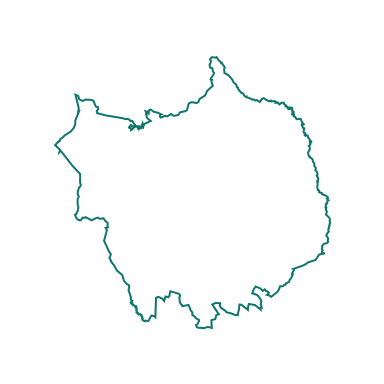 Pivijay, Magdalena, Colombia, rotated 12°
{"feature_id": "7082276B47489948463492", "entity_name": "Pivijay", "entity_type": "district", "adm_level": 2, "iso_a3": "COL", "parent_name": "Colombia", "parent_adm1": "Magdalena", "projection": "albers", "projection_center": [-74.384, 10.44], "detail": "fine", "context": "isolated", "style": "outline", "palette": "teal", "viewbox_px": 384, "rotation_deg": 12, "n_neighbors": 0, "source": "geoboundaries", "source_scale": "gbopen_adm2", "svg_char_len": 6013}
<svg xmlns="http://www.w3.org/2000/svg" viewBox="0 0 384 384"><g transform="rotate(12 192 192)"><path d="M172.7,329.0L173.0,327.6L176.2,327.2L177.9,321.3L180.7,321.2L182.2,322.1L178.8,303.0L180.9,301.5L185.4,302.6L187.4,304.4L187.8,299.7L190.7,299.9L191.5,298.1L191.4,293.6L200.5,294.3L202.0,295.9L201.5,297.6L203.0,302.2L204.4,304.0L205.3,304.2L206.3,305.7L212.1,303.2L215.5,308.2L217.4,309.7L217.9,312.3L220.5,313.2L221.9,314.6L225.5,315.8L225.6,317.2L224.7,320.3L223.6,321.4L224.9,323.1L226.5,323.6L228.9,322.9L229.5,323.2L230.5,322.7L231.9,322.8L235.4,320.7L239.6,320.8L237.6,313.4L241.2,311.4L241.3,307.4L243.6,306.0L235.2,297.8L238.1,295.7L242.7,294.9L242.8,297.5L244.4,299.2L249.6,301.4L250.7,302.5L254.8,302.5L259.9,303.3L262.4,302.9L262.1,300.8L262.4,297.2L261.8,292.2L263.8,292.0L271.2,295.7L270.7,292.3L270.9,289.7L277.1,289.5L283.6,292.8L283.0,291.1L284.3,290.7L282.6,287.5L282.7,285.0L281.8,283.1L278.5,280.2L276.6,279.1L272.0,278.6L272.7,274.0L273.9,271.2L278.8,272.1L281.8,274.0L283.4,272.1L284.9,273.5L286.4,273.5L288.2,274.7L286.7,277.1L289.2,277.1L291.2,278.1L296.2,272.1L297.3,269.3L297.8,265.8L300.3,265.4L301.8,263.4L302.7,263.2L302.9,261.8L305.7,259.8L305.7,258.0L307.0,255.4L307.7,251.5L306.8,251.3L308.0,246.5L307.0,246.2L315.3,241.2L318.4,238.8L320.2,236.6L326.9,232.9L329.4,226.7L333.9,224.8L334.6,225.1L333.7,224.3L332.6,224.7L331.6,224.3L331.5,222.5L331.9,221.9L330.8,220.6L330.9,218.8L330.4,218.1L331.6,215.4L334.7,213.9L335.6,212.4L334.9,211.5L334.8,209.0L332.5,206.9L332.9,204.4L334.0,202.3L333.0,200.3L333.4,199.0L333.1,197.1L333.6,196.2L333.1,194.9L333.6,193.4L332.7,192.1L332.7,190.4L331.8,188.7L327.7,186.2L328.1,183.5L326.5,181.2L326.6,180.2L326.0,179.7L326.5,179.1L325.7,178.3L325.5,175.9L326.2,175.5L325.9,175.0L326.6,174.1L326.3,172.5L327.0,171.8L326.3,171.7L326.1,170.4L325.7,170.3L326.2,169.9L326.1,169.1L324.0,167.8L319.6,167.1L319.1,165.9L317.2,166.0L316.6,165.4L316.2,165.5L316.1,164.2L314.6,163.9L313.5,161.3L313.4,158.8L312.6,156.4L313.0,156.1L312.9,155.2L312.3,155.0L312.9,153.5L312.4,152.1L310.7,150.0L311.2,149.7L310.8,147.7L309.7,146.1L308.1,145.0L308.2,142.8L306.1,140.8L305.8,139.3L305.2,138.0L304.0,137.2L303.2,135.1L301.5,133.9L299.8,133.6L299.7,132.7L299.0,132.7L298.5,132.1L297.3,129.2L298.4,125.6L297.5,123.2L296.7,122.7L297.9,121.1L296.9,118.7L298.3,118.6L298.2,117.7L296.5,116.9L296.1,115.9L294.2,114.6L293.5,112.8L292.1,112.6L291.5,113.5L290.3,112.9L290.5,110.9L289.0,110.7L288.6,110.0L288.6,106.4L287.3,106.2L285.3,103.6L285.6,102.6L286.9,102.9L287.3,102.5L285.0,100.8L283.4,98.2L282.8,97.9L279.1,99.0L277.3,97.0L276.3,97.1L275.7,96.7L275.7,95.2L273.8,95.3L273.7,93.7L274.2,93.4L275.0,94.0L274.9,92.9L274.6,92.3L273.2,92.0L273.0,90.4L271.8,90.2L272.2,88.9L271.2,88.8L270.2,90.7L269.6,90.8L269.1,89.3L268.1,90.1L267.3,88.7L265.7,88.8L265.8,87.7L263.8,86.9L263.3,85.6L261.2,86.0L259.3,88.2L258.1,87.6L257.7,86.7L255.2,87.4L255.4,86.3L253.8,85.9L251.3,86.8L250.3,86.1L249.4,87.1L248.8,86.8L248.1,87.3L242.5,85.3L240.7,86.9L239.6,89.9L236.3,88.6L234.6,89.4L233.3,88.6L231.3,89.2L230.5,88.6L226.1,88.0L225.8,87.5L225.6,87.9L224.5,87.7L222.5,86.3L221.9,85.2L220.2,84.7L219.7,85.0L218.9,84.0L217.5,83.4L217.3,82.7L215.9,81.9L215.3,80.5L214.3,80.2L212.9,77.8L209.7,76.0L208.2,73.9L203.8,70.4L199.0,68.8L197.8,65.0L198.2,63.5L197.5,62.4L196.6,62.0L194.8,60.0L193.8,60.1L193.7,59.3L190.8,57.7L188.0,55.0L187.4,55.6L183.4,56.0L182.0,58.4L183.3,59.7L183.3,62.0L182.7,63.7L183.8,66.5L186.3,66.8L187.4,69.8L188.7,70.9L188.7,72.3L186.7,77.6L186.8,78.1L188.2,78.2L188.1,80.2L190.3,83.7L185.8,89.9L184.7,94.9L180.1,99.4L179.5,102.8L178.0,104.0L173.0,104.2L170.4,106.0L170.0,113.2L168.3,114.5L163.8,116.5L162.6,119.4L159.7,120.8L157.9,121.3L155.3,120.0L152.2,123.1L149.1,123.3L147.4,125.0L145.9,125.7L145.1,125.2L144.9,123.8L144.9,122.8L145.6,122.4L141.9,121.5L138.1,121.5L134.2,119.9L131.5,123.0L129.8,122.7L130.7,124.2L131.7,124.1L132.7,122.9L133.2,123.0L133.3,124.2L132.7,123.9L130.9,125.7L131.7,126.4L132.1,128.1L133.3,129.3L136.9,131.1L130.8,135.7L130.8,139.4L130.4,139.3L130.6,137.3L129.6,135.5L129.6,137.3L130.4,137.3L130.0,137.8L129.3,136.9L129.3,138.4L129.6,138.7L129.8,138.3L130.4,138.0L129.7,138.8L128.6,139.1L128.8,140.2L127.8,140.4L127.6,139.6L127.9,138.9L128.9,138.5L127.1,138.8L127.5,140.9L127.1,141.4L126.9,140.8L127.3,140.3L126.4,140.0L125.9,140.8L125.2,139.5L125.7,138.8L126.8,138.6L124.8,139.0L125.1,138.4L124.4,139.2L123.1,139.4L124.4,139.8L122.8,139.8L119.6,144.2L118.7,142.2L117.5,142.4L117.0,141.9L117.8,139.8L118.4,139.1L119.6,140.2L120.9,140.2L122.5,138.6L122.4,138.1L120.5,136.8L118.9,134.9L117.4,135.5L115.3,134.1L113.6,134.0L111.2,134.6L109.1,134.2L92.2,135.0L82.8,134.6L82.9,134.0L82.0,132.5L83.0,130.6L82.6,128.9L82.0,128.3L80.8,128.6L80.0,128.2L76.6,123.2L74.6,122.9L68.8,123.7L66.1,125.7L62.5,124.8L60.7,121.7L57.8,121.1L63.9,133.8L64.0,137.1L64.7,136.7L63.0,146.3L63.7,149.9L63.0,153.9L60.9,158.0L55.7,163.1L54.4,165.3L52.2,167.5L52.0,169.5L51.1,170.7L50.8,170.5L48.4,174.6L54.2,178.2L54.1,180.5L54.6,179.7L55.7,179.5L69.7,191.3L78.9,197.7L80.5,205.8L81.8,208.4L81.5,210.0L80.6,211.1L80.2,215.3L80.7,217.9L82.2,220.1L81.6,222.9L82.6,227.6L84.0,230.3L84.2,234.1L83.0,238.4L82.3,238.7L83.7,240.8L85.5,242.5L87.6,243.1L87.8,242.7L89.2,242.7L90.3,239.8L92.7,239.5L93.3,238.7L99.7,240.6L104.0,237.2L105.6,236.6L106.7,237.3L108.1,237.2L110.8,236.1L113.2,238.3L115.9,239.7L116.6,243.1L117.1,243.9L114.9,245.1L116.7,246.9L116.1,258.0L123.2,267.4L125.6,269.8L125.0,273.8L126.8,275.7L127.1,276.8L131.3,280.1L134.8,284.4L141.1,287.7L143.9,293.0L147.4,295.5L150.1,296.5L150.4,301.3L154.2,307.7L154.0,308.4L154.7,310.1L156.2,310.8L155.0,312.8L155.8,313.7L156.3,312.9L156.7,313.5L156.7,313.1L157.5,314.2L159.6,315.4L161.2,315.3L161.5,316.3L160.9,316.9L162.4,317.9L161.9,319.2L162.9,320.2L162.8,321.3L163.8,321.4L163.9,322.1L164.9,322.0L165.2,322.5L165.5,322.0L166.8,322.2L167.3,323.1L168.2,322.8L168.5,324.0L169.4,324.5L169.4,325.4L170.0,325.8L169.7,326.6L170.0,327.3L172.5,328.3L172.7,329.0Z" fill="none" stroke="#0f766e" stroke-width="2"/></g></svg>